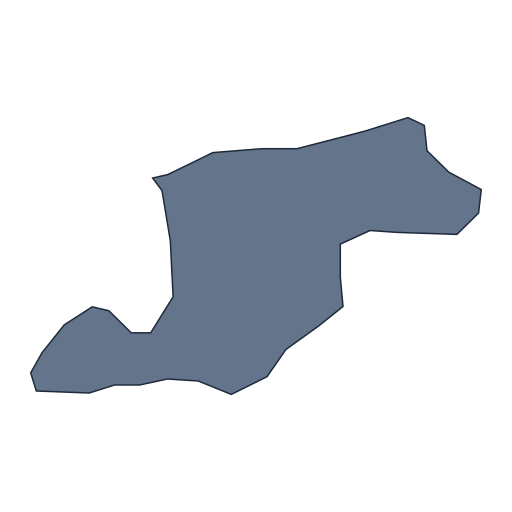 outline of Vellinge, Skåne, Sweden
{"feature_id": "70781695B48074135992982", "entity_name": "Vellinge", "entity_type": "district", "adm_level": 2, "iso_a3": "SWE", "parent_name": "Sweden", "parent_adm1": "Skåne", "projection": "robinson", "projection_center": [13.015, 55.472], "detail": "fine", "context": "isolated", "style": "filled", "palette": "slate", "viewbox_px": 512, "rotation_deg": 0, "n_neighbors": 0, "source": "geoboundaries", "source_scale": "gbopen_adm2", "svg_char_len": 618}
<svg xmlns="http://www.w3.org/2000/svg" viewBox="0 0 512 512"><path d="M231.3,394.4L267.0,376.7L286.0,349.4L318.6,326.0L343.0,306.5L340.3,277.2L340.3,244.1L370.1,230.5L397.2,232.4L456.9,234.4L478.6,213.0L479.0,209.1L481.3,189.6L448.7,172.1L427.0,150.7L424.3,125.4L411.4,119.3L408.0,117.6L364.6,131.2L296.8,148.7L261.6,148.7L212.8,152.6L167.7,174.6L152.6,178.0L162.0,190.6L170.3,240.7L173.1,296.8L150.7,332.8L131.2,332.8L108.9,310.8L92.2,306.8L64.3,324.8L41.9,352.9L30.7,372.9L36.3,391.0L89.3,393.0L114.4,385.0L139.5,385.0L167.5,379.0L198.2,381.0L231.3,394.4Z" fill="#64748b" stroke="#1e293b" stroke-width="1.5"/></svg>